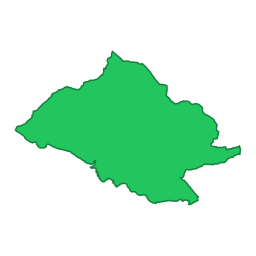 Treznea, Salaj, Romania
{"feature_id": "2599482B74175634097496", "entity_name": "Treznea", "entity_type": "district", "adm_level": 2, "iso_a3": "ROU", "parent_name": "Romania", "parent_adm1": "Salaj", "projection": "orthographic", "projection_center": [23.093, 47.104], "detail": "fine", "context": "isolated", "style": "filled", "palette": "green", "viewbox_px": 256, "rotation_deg": 0, "n_neighbors": 0, "source": "geoboundaries", "source_scale": "gbopen_adm2", "svg_char_len": 5797}
<svg xmlns="http://www.w3.org/2000/svg" viewBox="0 0 256 256"><path d="M188.7,204.2L189.4,204.5L190.7,204.3L195.7,201.4L197.9,200.4L197.4,197.8L197.6,197.4L198.4,197.0L195.9,194.6L195.1,193.6L192.6,190.6L192.1,189.7L190.7,188.4L190.3,187.2L188.6,186.0L187.9,184.5L187.0,183.5L186.8,183.0L186.0,182.5L185.2,181.5L184.2,180.4L183.3,180.3L182.6,179.9L181.5,178.7L180.6,177.9L182.0,177.7L182.3,177.4L183.5,176.7L183.8,175.2L184.1,174.4L184.4,172.9L185.3,171.4L185.6,170.1L185.9,169.8L187.0,169.3L188.5,169.8L189.6,170.0L191.7,169.6L192.8,169.1L195.1,169.0L197.4,168.1L198.5,167.3L199.6,166.8L200.6,166.7L201.8,166.2L202.3,165.9L203.3,164.8L204.6,164.1L205.7,164.3L213.3,164.6L214.1,164.3L214.6,163.9L217.9,163.9L218.5,163.7L219.2,163.1L220.7,162.6L224.1,162.5L224.5,162.3L224.6,162.1L224.8,161.9L225.3,161.9L225.8,161.5L226.6,160.2L227.1,159.9L227.5,159.2L228.5,158.3L230.8,157.4L231.8,157.4L233.0,157.1L233.7,156.6L233.9,155.9L234.1,155.6L235.3,155.4L237.4,154.3L238.3,154.1L239.7,154.4L239.9,154.1L240.2,151.1L240.6,149.8L239.9,148.2L239.7,147.3L239.9,147.2L239.5,146.6L239.3,146.1L238.7,146.6L234.9,147.7L233.9,147.6L233.3,148.0L232.2,148.4L230.5,148.8L229.7,148.8L229.2,149.0L226.8,149.8L226.4,148.3L226.1,148.1L225.7,147.3L225.3,146.8L224.6,147.1L222.7,147.3L221.7,147.6L219.7,147.4L217.2,147.6L217.0,147.3L216.7,146.8L216.4,146.6L215.0,146.7L212.3,146.4L211.4,145.6L211.2,145.2L210.7,143.7L213.0,142.3L213.3,139.0L215.7,138.9L217.1,138.6L218.7,131.9L218.1,131.5L216.8,130.5L216.4,128.1L216.5,127.6L216.7,126.9L216.7,126.2L217.0,125.9L216.8,124.3L216.4,123.6L215.8,123.0L215.3,122.8L215.0,122.2L214.9,121.6L214.0,119.8L211.9,118.1L210.7,117.4L210.0,117.2L209.4,116.3L207.7,115.6L207.0,115.1L205.0,114.3L203.8,113.2L202.7,111.6L202.4,110.9L202.3,110.2L202.5,109.5L202.5,108.6L202.3,107.8L201.3,106.4L199.9,105.3L198.0,104.1L196.2,103.7L193.9,104.0L192.3,104.5L191.1,103.9L190.1,103.0L189.8,102.5L189.0,101.8L188.3,101.4L186.2,101.1L184.5,101.3L183.7,100.9L183.0,101.1L182.4,101.6L180.2,102.1L179.5,102.5L178.2,103.5L175.3,103.8L174.5,103.6L173.2,102.3L170.5,100.7L170.2,100.0L170.2,99.4L169.9,98.9L168.7,97.9L168.4,97.4L167.9,97.1L166.7,96.0L166.3,95.9L166.2,95.5L166.1,95.3L166.6,93.4L166.7,91.9L167.0,90.9L167.0,86.1L166.9,85.8L165.3,85.0L162.9,84.6L161.7,84.3L160.2,84.7L159.5,84.2L155.7,79.9L154.1,77.9L150.7,72.8L146.4,67.6L143.8,65.0L142.0,63.5L141.2,64.2L140.8,64.3L138.8,63.7L138.5,63.3L138.3,63.1L137.6,62.9L137.2,62.5L132.3,62.1L131.1,62.1L129.7,61.9L128.0,61.0L123.9,61.3L122.5,60.4L121.8,60.2L121.2,59.4L121.3,59.1L120.8,58.6L112.5,51.5L111.8,53.1L111.5,54.2L111.6,55.3L111.5,56.1L111.0,56.9L109.8,57.7L108.3,58.2L107.9,58.6L107.3,60.3L107.2,60.9L107.9,62.3L108.1,63.4L108.0,63.9L107.3,64.7L106.8,65.6L106.4,66.4L105.9,67.4L105.7,68.5L105.4,68.7L104.3,68.4L103.9,68.4L103.7,68.7L103.8,69.7L103.6,70.7L103.8,71.1L103.8,71.5L103.4,73.2L102.8,74.7L101.9,74.8L101.1,75.4L99.6,77.1L97.6,78.9L96.7,79.3L93.4,80.3L90.3,80.3L89.5,80.6L88.3,81.6L85.9,81.8L84.1,82.5L83.8,82.7L83.8,84.0L82.9,85.5L81.5,86.1L81.4,87.1L80.8,87.9L80.0,88.7L79.0,89.4L77.7,89.7L75.4,89.3L73.0,88.7L70.9,87.7L69.2,87.5L68.2,87.0L67.3,86.8L66.0,86.9L64.4,87.7L64.1,88.0L62.9,88.8L61.3,89.5L61.1,89.7L59.1,89.9L58.8,89.9L58.0,90.8L57.2,91.4L56.7,92.0L54.0,93.2L53.3,93.3L52.4,93.8L52.1,94.2L51.3,96.1L51.4,96.8L50.1,97.8L48.6,98.7L47.8,100.0L46.9,100.9L45.7,101.8L44.8,102.2L44.1,102.9L42.4,104.3L41.7,105.2L38.9,108.0L38.2,109.2L37.9,109.6L35.3,111.0L33.4,111.2L33.1,113.1L33.1,114.6L32.7,115.2L31.9,115.5L32.2,116.2L32.1,117.1L31.4,118.0L29.8,119.4L27.4,121.2L26.4,122.6L25.8,123.3L24.8,124.0L23.6,124.3L22.5,125.2L19.7,126.1L17.7,126.3L16.7,127.3L15.4,130.1L15.7,130.3L16.9,131.4L21.0,134.0L23.8,136.0L24.4,136.5L25.1,138.2L26.4,139.6L27.0,139.7L30.5,142.1L32.0,142.6L32.3,142.8L35.3,142.0L35.6,142.0L36.1,142.3L36.6,143.4L36.8,144.7L37.1,145.1L38.2,146.0L38.7,147.0L39.3,147.6L39.7,147.8L44.4,147.9L44.8,147.6L45.8,147.2L46.1,146.4L46.0,146.0L46.1,145.6L47.3,144.4L47.9,144.0L50.7,145.2L51.4,145.7L53.0,146.7L56.5,148.1L58.1,148.7L61.9,149.4L62.2,149.3L62.7,149.7L64.7,150.3L66.1,150.4L67.3,151.1L70.9,151.8L72.0,153.4L74.5,154.7L76.8,156.5L78.4,157.7L79.1,157.9L80.0,158.0L80.7,158.7L83.0,160.4L84.4,161.0L85.2,162.2L87.0,163.0L87.7,163.5L88.2,163.6L89.3,163.5L90.7,164.2L91.9,164.1L92.6,163.7L93.5,162.6L94.2,161.3L95.5,160.5L95.5,162.1L95.1,162.7L94.7,163.8L94.5,164.1L94.5,164.9L94.3,165.1L93.5,165.2L93.2,165.5L93.0,166.0L92.4,166.6L91.4,167.1L90.5,167.3L90.7,167.7L91.7,168.1L94.1,168.0L95.8,168.1L96.2,169.5L96.0,171.5L96.1,171.8L96.8,171.7L96.7,171.9L96.9,171.9L96.6,172.2L96.5,172.6L97.2,173.4L98.2,173.8L98.2,174.3L98.4,174.5L98.5,174.8L97.9,174.6L97.4,175.0L97.5,175.8L98.7,176.9L99.6,177.3L99.3,177.9L99.3,178.5L99.9,179.1L101.2,180.7L102.4,181.5L103.3,181.7L104.2,181.7L104.7,181.4L105.4,180.6L106.5,179.2L106.8,179.1L107.0,179.6L107.9,179.3L109.2,178.1L109.5,178.1L111.4,179.9L111.9,180.1L112.8,180.0L113.5,180.1L113.7,180.4L113.8,180.9L113.5,181.3L113.0,181.5L112.6,182.3L114.6,184.1L115.1,184.9L115.2,185.7L116.1,185.7L116.5,186.9L122.0,183.4L122.8,183.6L124.7,183.3L125.9,183.6L126.5,184.2L127.0,185.0L127.3,186.2L127.7,186.9L129.4,188.6L130.0,190.4L130.8,191.3L132.1,192.0L132.8,191.6L135.2,191.8L136.4,193.2L137.8,194.6L139.1,195.2L140.7,195.3L141.4,194.9L142.3,195.1L144.0,194.7L145.3,195.3L145.6,195.1L146.0,195.6L147.9,198.9L148.2,199.6L149.5,200.9L152.5,202.7L153.3,202.9L154.3,203.1L156.4,203.2L156.7,202.1L159.3,202.3L162.4,201.6L165.5,201.1L165.9,201.0L167.0,200.9L169.5,200.5L170.1,200.4L171.7,200.9L173.3,201.0L175.5,201.1L177.4,201.0L178.0,200.4L178.5,200.3L179.8,199.5L180.9,199.2L181.1,199.2L182.2,201.0L182.7,201.3L182.9,201.2L183.8,200.2L185.0,200.3L185.8,200.0L186.7,200.0L188.2,201.1L189.1,201.2L188.9,203.6L188.7,204.2Z" fill="#22c55e" stroke="#15803d" stroke-width="1.5"/></svg>